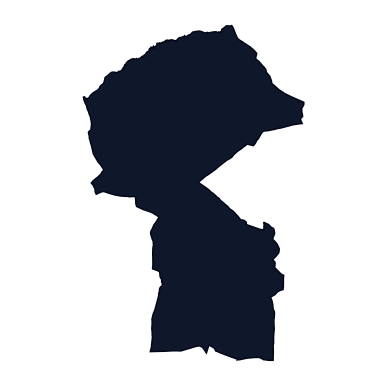 Chemba, Dodoma, United Republic of Tanzania, rotated 91°
{"feature_id": "72390352B30961702846084", "entity_name": "Chemba", "entity_type": "district", "adm_level": 2, "iso_a3": "TZA", "parent_name": "United Republic of Tanzania", "parent_adm1": "Dodoma", "projection": "mercator", "projection_center": [35.501, -5.27], "detail": "fine", "context": "isolated", "style": "filled", "palette": "ink", "viewbox_px": 384, "rotation_deg": 91, "n_neighbors": 0, "source": "geoboundaries", "source_scale": "gbopen_adm2", "svg_char_len": 5902}
<svg xmlns="http://www.w3.org/2000/svg" viewBox="0 0 384 384"><g transform="rotate(91 192 192)"><path d="M195.9,287.7L193.9,283.6L193.0,280.9L193.3,279.3L194.6,275.3L196.4,268.5L197.3,262.8L197.2,262.1L197.5,259.4L197.4,257.2L197.9,253.8L197.6,252.9L197.5,250.0L197.9,248.5L198.8,248.3L204.9,247.9L207.4,247.1L210.3,240.6L212.6,233.4L213.7,230.8L215.0,228.7L216.0,226.8L217.4,224.9L217.7,224.7L218.5,224.8L219.2,225.5L221.4,226.6L225.5,229.4L229.9,231.3L231.3,232.1L232.9,232.6L234.1,232.6L236.2,232.1L240.1,230.8L241.6,230.0L245.6,229.6L248.7,230.1L255.6,230.2L257.4,230.0L265.8,229.8L268.5,230.1L269.6,229.9L271.2,225.1L271.8,223.9L272.7,222.9L277.1,222.4L278.6,221.8L279.7,220.8L281.0,220.8L281.8,220.4L282.2,220.8L282.7,220.8L283.4,219.9L283.9,220.0L284.5,219.4L284.6,220.0L284.9,220.1L285.0,219.7L286.9,220.6L286.9,221.0L287.5,221.8L289.1,222.6L290.8,222.9L292.0,222.7L293.6,223.4L296.8,223.6L310.5,227.0L314.4,228.6L320.0,229.8L323.6,229.5L329.3,229.8L333.5,229.3L335.8,229.3L337.5,229.0L348.3,229.9L352.3,230.9L351.7,216.8L351.1,208.4L351.0,200.1L346.1,184.7L345.7,181.6L346.9,179.1L348.2,177.9L352.7,174.8L346.3,172.9L344.7,172.6L347.1,167.9L348.4,166.5L350.0,165.8L350.7,165.3L350.9,164.1L351.8,162.2L355.3,152.7L357.8,145.3L358.3,143.4L359.1,143.8L358.8,141.1L357.2,134.5L356.4,127.0L356.2,123.0L356.2,122.3L357.0,119.9L358.4,117.5L358.6,114.5L358.9,113.5L358.9,108.0L349.9,107.9L344.0,108.2L342.0,107.8L335.2,107.9L327.1,107.4L324.0,107.7L318.4,107.9L316.3,107.6L312.0,107.4L309.9,107.7L307.5,108.9L303.2,109.3L299.6,110.1L296.0,111.6L295.3,110.9L293.4,107.6L289.9,104.3L288.0,99.8L288.0,99.3L285.1,99.0L276.5,99.1L273.7,98.9L273.3,100.0L272.4,101.6L266.2,107.9L264.8,108.3L264.2,107.7L262.5,107.9L261.8,107.6L261.4,107.7L260.9,108.2L260.5,108.4L260.0,108.2L259.5,109.2L258.9,109.9L257.6,109.6L256.9,109.0L255.7,107.7L251.7,104.5L250.3,104.0L247.2,103.8L243.1,105.8L241.0,107.3L237.7,110.7L232.5,108.8L231.6,108.7L229.0,109.2L227.0,109.8L226.0,112.1L223.2,114.9L221.2,119.4L221.4,119.7L221.7,119.7L223.2,119.3L225.7,119.5L228.4,119.3L228.4,122.6L223.6,137.2L221.8,137.1L220.7,137.7L219.5,139.4L219.0,141.9L219.4,142.5L215.7,145.5L210.8,150.2L207.8,154.5L206.4,155.4L199.5,163.8L197.9,164.8L196.9,166.6L193.5,170.2L191.9,172.7L189.9,174.8L188.2,177.0L182.3,185.9L175.8,178.5L174.3,176.1L169.0,169.0L165.9,165.6L159.3,157.4L158.5,155.7L156.4,152.7L154.4,151.3L151.6,148.5L148.7,144.8L148.3,143.9L146.3,141.7L145.0,139.8L143.1,137.7L144.6,131.5L142.8,130.0L140.3,128.6L139.5,128.5L138.3,127.2L137.0,126.3L132.7,124.0L130.2,122.1L129.8,121.1L129.4,117.7L127.9,110.4L126.8,106.6L126.6,104.8L123.0,92.2L121.7,84.3L121.6,83.0L119.2,84.2L117.3,84.8L116.1,84.2L114.5,82.7L111.5,83.2L109.8,83.8L109.5,83.8L108.8,83.5L107.4,83.9L106.7,83.9L106.2,83.5L102.8,81.8L100.5,81.7L100.2,82.1L95.6,93.2L92.1,100.8L88.4,106.6L82.0,114.2L79.7,114.5L75.3,116.1L74.4,116.7L70.9,119.9L68.5,120.2L65.8,122.2L64.7,123.5L60.4,127.3L57.7,130.7L56.9,130.7L52.3,129.7L48.9,132.8L47.1,135.2L45.8,136.5L45.4,137.4L43.8,139.8L42.4,142.2L40.5,144.9L39.5,146.8L38.5,148.2L37.2,149.4L33.6,151.1L27.2,153.7L24.9,155.2L25.4,156.1L25.4,157.0L25.2,157.8L25.5,158.1L25.5,158.7L25.2,159.1L25.3,160.3L25.7,161.2L26.7,161.7L26.7,162.3L27.5,162.9L27.7,163.6L28.4,164.3L28.6,164.9L31.0,165.5L31.4,166.3L31.8,166.3L32.2,166.9L32.1,167.8L31.5,168.0L32.0,168.7L32.0,169.1L31.8,169.9L31.5,170.3L31.4,171.3L31.6,173.4L31.9,174.4L31.8,174.9L32.7,177.7L32.2,179.7L32.9,182.5L32.2,183.3L31.3,185.9L31.0,187.6L31.5,191.3L32.1,194.0L33.0,195.0L33.7,195.2L33.9,195.8L35.0,197.3L34.9,197.7L35.5,198.4L35.8,199.3L36.7,200.0L37.0,201.1L36.5,201.1L36.4,201.4L36.8,201.6L36.7,201.8L36.3,201.8L36.1,202.0L36.8,202.1L36.6,203.1L36.7,203.3L37.0,203.3L37.2,203.9L37.2,204.5L37.8,205.5L37.7,206.7L38.1,207.1L38.0,207.4L38.6,208.3L39.1,208.5L39.2,208.9L39.6,209.0L39.9,209.5L40.5,209.7L41.0,210.6L41.0,210.9L41.3,211.1L41.1,211.3L41.3,211.6L40.8,212.2L41.1,212.9L40.9,213.7L40.4,213.8L40.4,214.3L40.1,214.8L40.4,215.2L40.3,215.7L40.5,216.0L40.5,216.4L41.1,216.6L41.2,216.9L41.2,217.4L40.8,217.5L41.0,218.0L40.7,218.5L40.9,218.9L40.5,219.6L41.4,220.0L41.1,221.0L41.4,221.2L41.9,221.3L41.7,221.6L42.4,222.4L42.5,223.1L42.9,223.8L42.8,224.2L43.3,224.6L43.4,225.3L43.9,226.1L43.5,226.9L43.6,227.5L44.3,228.3L44.0,229.2L44.1,229.7L45.5,229.5L46.0,230.1L46.9,230.5L47.6,232.4L47.2,233.0L48.6,233.1L48.5,233.5L47.7,233.5L48.9,234.3L48.9,234.6L48.1,234.8L47.9,235.1L48.0,235.5L49.0,236.2L49.4,236.8L50.2,237.4L51.2,237.1L52.1,237.7L52.2,238.4L53.0,238.8L52.7,239.1L52.9,239.5L53.7,239.6L54.0,240.4L55.5,241.1L55.9,242.1L56.9,241.9L57.1,242.1L56.8,243.2L57.3,243.4L57.7,243.9L58.2,243.9L57.6,244.7L58.5,245.3L58.8,245.9L59.4,246.3L59.3,247.2L60.1,247.7L59.9,249.3L59.5,249.9L60.1,250.6L60.3,251.6L60.6,251.7L60.3,252.1L59.9,252.2L59.8,252.4L60.1,252.6L59.9,253.6L60.5,255.4L60.8,256.0L61.5,256.2L61.8,256.8L61.8,257.7L62.5,258.5L63.1,258.8L63.7,259.8L64.1,259.9L64.6,259.8L65.2,260.1L65.5,260.8L65.7,260.4L65.9,260.4L66.3,261.3L66.8,261.4L67.3,261.9L67.9,261.8L68.5,262.7L69.2,263.0L70.2,262.8L70.0,263.4L70.2,263.7L71.1,263.6L71.6,263.9L71.6,264.7L72.4,265.2L72.7,267.5L73.5,268.2L74.3,268.7L74.3,269.2L73.7,270.2L73.8,271.0L73.6,271.6L73.5,273.9L74.7,275.9L76.2,277.3L79.1,280.9L81.7,281.3L85.0,282.3L87.5,285.4L89.9,286.5L91.6,287.9L94.8,292.9L97.1,295.2L98.8,296.1L100.2,297.6L102.2,298.7L101.9,298.9L100.8,298.7L100.4,298.8L100.5,299.9L98.9,301.0L98.7,301.5L98.9,302.1L99.2,302.3L100.0,301.9L100.9,301.9L104.0,300.8L107.5,299.0L111.2,298.0L113.6,296.8L116.0,296.1L118.1,295.1L123.4,293.9L126.2,293.6L130.4,294.1L131.5,293.9L133.4,296.2L133.8,296.3L134.2,296.6L138.5,295.6L140.3,295.6L141.3,295.1L144.8,294.2L147.4,293.3L155.6,291.3L163.8,286.3L166.3,284.0L170.8,280.8L172.1,280.9L173.6,282.3L175.7,283.4L178.4,286.1L182.3,290.8L184.8,292.8L186.3,291.4L190.2,289.2L191.5,288.8L193.4,288.9L195.9,287.7Z" fill="#0f172a" stroke="#020617" stroke-width="1.5"/></g></svg>